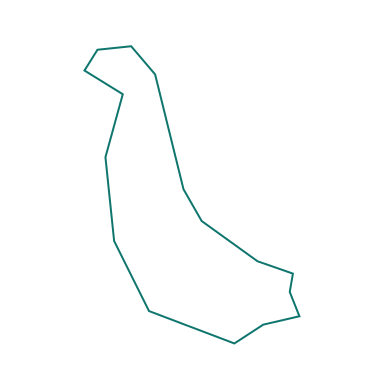 outline of Eastern, rotated 260°
{"feature_id": "ASM-4998", "entity_name": "Eastern", "entity_type": "state/province", "adm_level": 1, "iso_a3": "ASM", "parent_name": "American Samoa", "parent_adm1": "", "projection": "equal_earth", "projection_center": [-170.654, -14.284], "detail": "fine", "context": "isolated", "style": "outline", "palette": "teal", "viewbox_px": 384, "rotation_deg": 260, "n_neighbors": 0, "source": "natural_earth", "source_scale": "10m", "svg_char_len": 363}
<svg xmlns="http://www.w3.org/2000/svg" viewBox="0 0 384 384"><g transform="rotate(260 192 192)"><path d="M35.5,207.4L82.2,129.0L157.3,106.8L241.3,112.8L300.3,140.8L330.3,107.2L348.5,123.6L346.1,157.4L314.2,176.1L196.2,184.1L161.7,196.5L112.4,244.5L94.1,277.2L76.6,270.9L51.0,276.2L49.0,239.1L35.5,207.4Z" fill="none" stroke="#0f766e" stroke-width="2"/></g></svg>